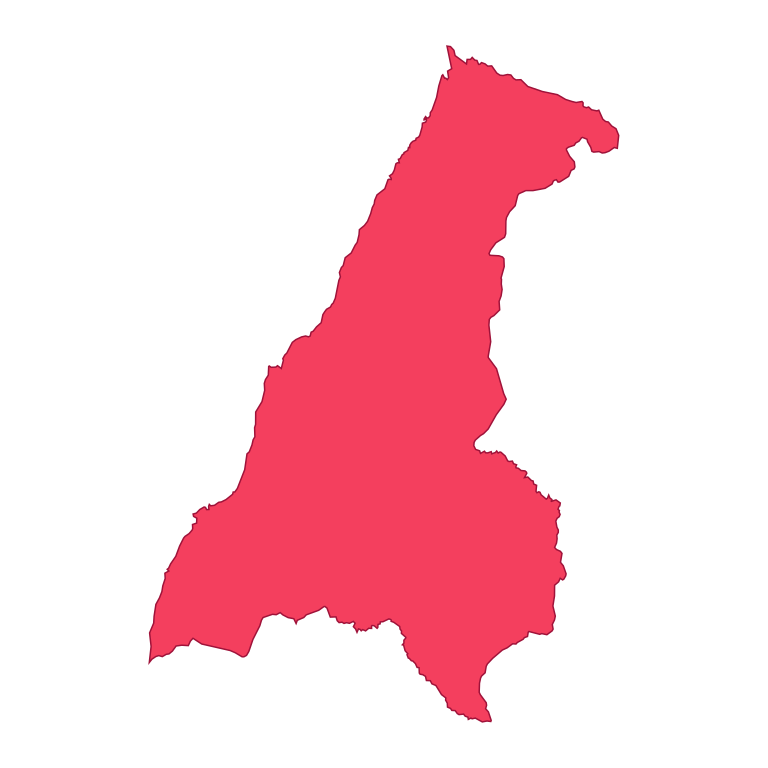 Morondava, Menabe, Madagascar (Robinson projection)
{"feature_id": "10022922B91714644312966", "entity_name": "Morondava", "entity_type": "district", "adm_level": 2, "iso_a3": "MDG", "parent_name": "Madagascar", "parent_adm1": "Menabe", "projection": "robinson", "projection_center": [44.353, -20.514], "detail": "fine", "context": "isolated", "style": "filled", "palette": "rose", "viewbox_px": 768, "rotation_deg": 0, "n_neighbors": 0, "source": "geoboundaries", "source_scale": "gbopen_adm2", "svg_char_len": 6094}
<svg xmlns="http://www.w3.org/2000/svg" viewBox="0 0 768 768"><path d="M490.8,721.5L491.2,720.4L488.4,711.9L485.6,708.7L486.6,705.3L486.2,702.7L480.3,694.7L479.2,692.3L479.5,683.1L480.6,678.0L481.6,676.0L485.1,672.8L486.2,666.3L487.4,663.9L492.8,658.2L502.4,650.0L507.2,647.8L512.6,643.8L516.0,644.0L517.3,642.5L523.1,639.3L524.4,637.6L527.5,636.5L528.2,632.2L528.9,631.5L539.7,634.3L541.8,633.6L546.9,634.7L552.1,630.9L553.1,629.1L552.3,624.5L554.5,619.9L555.3,616.1L552.9,606.0L554.5,596.0L554.6,585.2L558.6,581.8L560.2,578.3L562.6,579.9L563.8,579.2L565.7,575.9L566.1,573.8L563.3,565.8L560.5,562.3L562.0,553.4L560.4,551.3L556.4,549.5L554.6,547.4L556.5,543.1L557.1,538.8L556.8,535.1L558.3,532.4L558.3,530.0L556.9,527.2L555.8,521.1L557.1,518.3L559.2,516.7L560.1,514.4L559.1,512.1L559.4,510.5L558.0,509.3L559.0,506.4L559.8,505.9L560.3,503.0L556.0,499.9L550.8,501.5L551.9,500.4L551.9,499.5L549.9,498.0L548.7,495.1L547.4,498.3L546.2,499.1L541.1,494.8L540.0,492.3L538.8,491.8L536.9,492.7L536.0,491.4L536.6,485.3L533.7,484.0L533.1,481.0L531.4,480.5L527.8,477.0L524.5,477.6L526.8,473.3L526.4,472.1L525.0,470.9L521.0,470.5L518.4,468.3L516.0,467.8L515.8,466.8L516.6,464.8L513.5,463.7L512.4,461.1L509.0,461.5L507.6,460.8L505.2,456.0L501.0,452.3L500.0,452.0L498.1,453.0L496.7,451.0L495.4,452.5L491.8,453.8L491.2,451.7L487.7,452.9L485.6,452.8L484.5,451.2L480.5,453.4L479.6,450.8L475.6,449.4L473.8,445.7L474.1,442.4L475.3,440.1L480.5,435.5L483.5,433.7L488.2,429.0L496.3,414.7L503.9,404.2L506.2,399.2L503.7,393.6L496.5,368.7L488.3,357.6L488.2,356.3L490.7,341.7L488.9,325.2L489.3,319.4L490.9,317.3L493.9,315.6L499.7,309.9L499.1,301.4L501.1,295.9L502.1,289.5L501.3,284.1L501.5,279.2L501.0,278.2L504.2,266.6L503.9,258.7L502.5,257.0L499.0,255.8L490.0,255.3L489.0,253.6L490.7,249.8L495.9,242.8L504.5,237.3L505.7,233.8L505.9,220.9L506.5,217.5L509.6,211.7L515.2,205.7L517.7,195.5L518.9,193.7L525.8,190.6L532.9,190.6L545.1,188.3L552.1,184.0L553.3,181.1L554.4,180.3L556.4,179.7L558.0,182.1L559.7,182.0L568.7,176.3L571.1,170.4L574.1,168.9L574.9,166.9L574.3,161.8L569.7,156.4L566.4,149.9L566.5,148.6L568.4,147.2L574.2,145.3L575.8,142.9L579.0,141.2L581.5,137.8L582.5,137.4L587.0,139.2L587.6,141.8L590.8,147.4L591.9,151.4L593.7,152.1L599.1,151.6L602.2,153.0L605.0,152.7L609.0,151.2L614.2,147.5L617.3,148.3L618.7,135.4L616.0,128.7L611.7,126.0L608.3,122.0L605.6,121.5L602.8,119.2L598.8,110.2L596.9,110.9L591.6,109.8L588.6,107.0L586.4,107.7L583.8,106.8L583.0,105.8L583.1,102.8L582.0,101.5L576.1,102.5L572.0,101.5L565.7,99.5L557.5,94.7L542.3,91.5L527.8,86.5L520.9,79.7L516.0,79.9L513.5,78.4L510.9,75.0L507.6,74.5L503.1,75.5L500.0,75.2L496.8,73.1L491.7,65.9L487.7,66.1L485.1,63.9L481.5,62.6L479.8,64.3L478.6,64.4L477.0,60.5L474.8,60.1L472.2,57.4L470.5,59.4L467.1,59.4L466.5,64.0L455.1,55.6L453.9,50.3L450.5,46.6L447.0,46.1L451.7,68.7L447.6,71.1L448.6,77.7L447.3,79.6L445.7,78.1L444.6,78.2L442.8,74.8L441.9,75.7L438.8,86.0L436.6,97.4L432.1,110.1L430.3,112.7L430.2,115.6L428.6,117.8L426.8,118.0L425.6,116.6L424.0,119.1L424.1,119.9L426.2,118.8L426.6,120.0L425.7,122.1L422.4,123.2L422.1,127.1L419.8,135.2L418.6,137.1L416.1,138.3L415.7,140.2L412.9,141.3L411.2,142.8L409.8,145.1L409.7,147.6L408.5,147.4L407.8,150.4L404.0,152.6L403.9,153.7L402.2,154.8L400.2,158.6L398.4,159.3L399.3,162.8L397.3,162.8L395.9,163.8L394.3,170.1L392.5,173.7L389.5,175.9L391.2,178.3L391.2,179.5L389.0,179.2L388.0,179.7L384.8,188.8L377.0,194.9L374.7,200.4L374.2,204.0L372.3,207.6L370.7,213.6L367.6,221.3L364.4,225.5L359.4,229.6L359.0,234.8L357.2,242.4L355.2,245.1L351.2,253.0L345.2,257.7L343.2,265.6L341.4,267.5L339.4,272.5L340.4,276.9L338.9,280.3L335.3,298.3L333.2,303.1L331.7,304.5L330.5,307.0L326.5,309.3L324.6,311.9L322.9,314.6L321.2,322.7L316.5,326.9L313.2,331.2L311.1,332.2L310.2,336.0L308.5,336.8L305.6,336.0L301.6,336.9L295.9,339.6L292.3,342.4L286.8,353.1L284.8,355.0L282.8,358.7L283.4,360.2L281.3,368.5L277.5,365.7L275.8,367.1L271.1,367.3L269.3,366.0L268.7,366.4L268.3,375.2L265.5,379.5L264.3,383.4L264.7,390.3L262.0,401.6L255.7,412.0L255.6,424.4L254.6,427.7L254.9,436.8L253.1,439.9L252.0,444.9L249.3,451.8L247.0,453.9L244.7,469.7L237.4,488.4L234.8,492.0L233.2,492.0L232.6,494.3L226.0,499.6L221.4,501.9L218.7,502.3L214.5,505.3L210.7,505.8L209.3,504.4L208.6,506.3L208.9,509.5L206.6,509.6L205.5,507.4L204.1,507.0L199.8,509.5L196.4,513.1L193.1,514.0L193.6,516.4L196.8,518.2L196.6,523.1L192.5,524.5L192.7,528.5L192.2,530.0L189.1,533.6L185.0,536.4L183.6,538.1L179.6,546.1L175.8,556.3L170.6,563.9L168.6,568.2L167.2,569.3L168.8,571.0L164.9,573.2L165.2,578.5L162.8,585.9L161.9,591.6L159.5,597.8L155.9,604.4L154.1,616.2L153.7,623.1L149.6,632.9L151.1,646.5L149.3,662.5L151.9,659.2L155.9,656.5L158.8,655.6L162.3,656.6L166.3,654.3L169.0,653.9L172.4,651.1L176.1,646.0L181.7,645.2L188.3,645.6L190.4,641.1L193.0,638.3L201.7,644.0L230.1,650.5L235.2,652.7L242.1,656.8L243.9,656.8L246.5,655.4L248.8,651.5L252.9,639.5L259.8,625.8L261.5,620.1L263.1,617.5L272.5,614.3L276.2,614.7L280.2,612.6L282.9,614.9L288.1,617.6L293.8,618.7L296.1,623.5L297.3,620.3L303.8,617.5L306.3,614.8L318.7,610.3L323.9,606.6L325.0,606.5L327.0,608.1L330.3,617.1L336.0,616.9L337.2,620.7L339.1,622.6L342.0,622.2L344.0,623.4L346.5,622.7L349.5,623.3L353.3,621.4L355.1,623.2L353.4,626.7L355.6,629.0L357.0,632.3L358.5,628.9L360.1,629.4L361.2,630.8L362.7,629.6L365.6,630.9L368.7,628.3L371.6,628.4L371.5,626.1L372.0,625.5L374.1,625.7L377.1,628.3L377.8,627.5L378.0,624.4L380.1,623.9L380.3,621.9L383.0,621.7L388.9,618.9L390.7,619.5L391.3,620.2L391.1,621.3L393.8,622.3L399.7,626.5L400.1,629.2L401.5,630.9L401.4,633.4L405.8,637.3L405.7,638.1L403.9,640.2L403.9,643.1L402.4,644.8L403.6,645.1L405.1,650.7L407.8,653.8L407.0,654.7L408.3,658.1L409.2,658.3L411.3,660.7L412.8,661.0L415.4,663.6L417.1,667.4L419.1,667.7L419.3,673.1L420.1,674.2L422.8,674.7L425.5,676.4L426.4,680.5L430.3,680.7L431.9,683.8L435.9,685.5L441.5,694.6L445.8,697.9L445.6,700.1L447.3,703.2L447.5,707.1L450.5,708.4L451.8,710.4L455.2,710.6L457.3,713.6L459.0,714.6L463.6,714.1L465.2,716.2L467.9,717.1L468.3,719.4L470.9,718.1L472.1,718.8L475.3,718.1L482.3,721.9L487.0,721.0L490.8,721.5Z" fill="#f43f5e" stroke="#9f1239" stroke-width="1.5"/></svg>